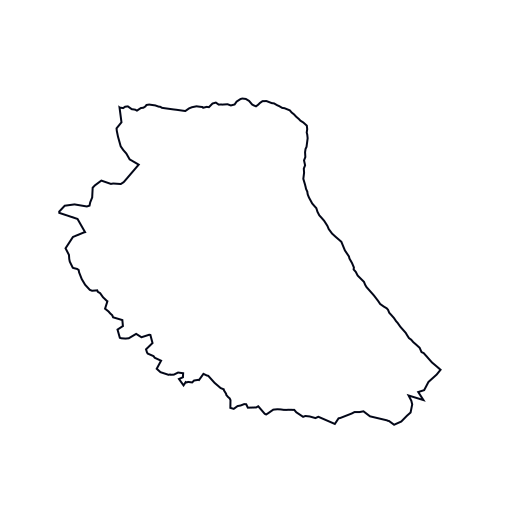 outline of Wase, Plateau, Nigeria, rotated 280°
{"feature_id": "59680162B1443452948914", "entity_name": "Wase", "entity_type": "district", "adm_level": 2, "iso_a3": "NGA", "parent_name": "Nigeria", "parent_adm1": "Plateau", "projection": "robinson", "projection_center": [10.242, 9.037], "detail": "fine", "context": "isolated", "style": "outline", "palette": "ink", "viewbox_px": 512, "rotation_deg": 280, "n_neighbors": 0, "source": "geoboundaries", "source_scale": "gbopen_adm2", "svg_char_len": 3947}
<svg xmlns="http://www.w3.org/2000/svg" viewBox="0 0 512 512"><g transform="rotate(280 256 256)"><path d="M378.6,95.8L364.3,100.3L357.5,96.5L355.0,97.2L349.7,99.3L340.5,103.7L337.2,107.0L334.4,110.5L329.2,114.8L325.6,124.6L306.1,113.1L305.2,112.3L303.4,110.3L302.6,102.8L301.8,100.6L303.4,90.6L297.6,85.1L294.9,83.3L285.2,84.5L280.0,83.4L276.7,83.3L275.4,80.8L275.3,68.3L272.3,58.9L265.6,54.5L264.3,54.8L261.5,73.8L249.8,83.5L249.3,82.4L243.1,72.6L242.7,72.3L230.5,67.1L224.6,71.6L220.6,72.6L218.1,73.6L212.6,77.6L212.4,78.9L212.2,82.1L211.4,83.8L209.2,84.6L203.0,88.4L198.0,92.7L193.8,98.2L193.3,100.6L194.6,105.6L193.3,106.4L192.3,109.0L188.8,112.5L185.8,117.0L185.6,117.5L183.9,117.3L177.9,116.5L175.6,120.7L175.4,120.8L174.0,122.6L172.7,124.7L170.8,125.9L169.7,135.5L163.9,137.1L159.5,132.4L151.8,136.1L151.6,137.7L152.0,141.8L152.9,145.0L158.5,151.5L156.1,157.3L159.9,164.5L159.9,165.7L152.3,169.2L145.0,163.9L142.1,165.4L141.1,166.3L139.6,172.5L138.2,173.9L136.4,180.7L127.7,177.8L125.0,182.1L123.8,190.5L124.4,192.0L124.2,192.6L124.9,195.7L127.7,199.5L127.9,204.6L123.9,205.1L121.5,201.5L116.0,207.1L119.7,208.7L119.4,209.6L120.2,211.0L120.4,215.1L122.6,216.6L124.0,220.6L123.9,221.4L130.8,224.7L129.8,228.2L129.7,229.8L123.9,237.2L119.8,244.1L119.1,247.4L118.2,247.7L115.1,250.5L114.1,250.8L112.4,252.8L111.2,254.8L109.6,255.9L102.0,257.1L101.6,260.6L105.0,263.9L106.1,266.8L108.1,270.1L108.3,272.1L105.2,274.3L106.9,282.5L108.4,284.3L102.1,292.0L101.7,293.5L103.3,295.3L107.7,299.7L108.8,303.7L109.2,307.0L109.3,310.2L109.7,312.6L110.2,314.6L111.1,320.4L109.1,322.8L105.8,330.3L107.0,332.4L107.3,336.7L106.7,342.7L108.5,345.3L104.3,362.8L110.5,365.5L111.1,367.1L117.5,377.6L119.4,380.1L120.3,385.1L121.7,388.8L117.9,396.1L116.9,413.5L116.6,414.4L116.6,415.6L113.8,421.3L118.2,427.8L124.9,432.4L128.7,435.4L137.0,435.6L140.4,434.1L145.1,430.5L143.2,445.9L150.2,439.4L153.1,444.9L161.9,447.7L170.6,454.5L176.0,457.5L179.8,451.1L181.7,447.8L183.6,445.4L185.6,442.9L186.5,441.8L186.6,441.7L187.5,440.5L189.5,438.0L190.1,435.7L194.0,433.1L196.6,429.0L198.5,425.8L200.5,423.4L201.7,420.9L204.3,418.5L206.3,416.8L208.3,414.3L210.2,411.9L211.5,410.3L214.8,407.0L216.1,405.3L218.7,402.8L219.4,402.0L220.0,401.2L221.3,399.6L223.2,397.1L224.9,396.0L225.9,395.4L227.2,393.8L227.3,393.5L228.4,390.6L229.4,388.5L230.3,386.6L232.9,384.1L237.5,379.1L238.8,377.5L240.7,375.1L244.6,370.2L246.6,368.5L249.3,366.8L249.5,366.5L253.2,361.2L254.4,359.5L257.7,357.0L259.7,354.5L261.7,354.4L265.7,351.8L269.7,348.5L271.7,347.6L274.3,345.1L276.9,342.6L284.8,337.6L286.8,334.3L288.7,331.1L291.3,327.0L295.2,322.9L297.9,321.2L299.8,319.5L302.5,317.0L303.8,315.4L305.1,313.8L307.0,311.3L310.3,308.8L313.6,307.1L314.9,305.4L317.5,302.2L322.8,298.0L325.5,296.3L327.4,295.6L328.2,295.4L329.2,294.7L330.8,293.6L332.8,292.8L333.4,292.5L334.8,291.9L340.2,289.2L342.2,289.1L346.3,288.9L350.4,287.9L353.8,288.6L355.3,288.0L358.5,286.7L362.0,287.4L366.7,286.3L370.1,286.2L372.2,286.8L376.9,286.6L381.0,286.4L382.0,286.1L382.7,285.9L384.4,285.4L386.4,284.5L389.8,284.4L393.2,283.4L395.7,279.4L397.0,276.2L398.3,274.5L400.2,271.3L402.1,268.8L403.5,266.2L405.3,264.0L406.5,258.4L406.4,256.1L407.6,252.9L408.2,250.5L409.4,247.3L409.3,245.0L410.4,239.4L409.6,235.5L407.4,233.3L405.3,231.8L403.4,230.0L403.9,227.7L404.5,225.9L407.5,222.3L408.9,218.7L408.7,215.2L407.9,213.5L406.3,211.8L404.7,210.1L401.5,208.6L399.9,205.1L400.5,201.6L399.5,197.5L399.2,196.4L399.2,195.4L398.6,193.0L400.1,189.8L398.6,186.7L394.4,183.8L394.3,181.5L392.8,178.2L393.4,177.5L393.2,174.0L393.1,171.4L391.4,167.1L389.8,164.5L386.5,161.2L386.4,158.6L386.2,152.5L386.0,149.0L385.9,146.4L385.8,143.8L385.7,141.1L385.6,137.6L386.3,135.9L386.2,134.1L386.8,130.6L386.7,128.0L386.6,124.5L385.7,121.9L384.1,121.1L382.7,119.6L382.5,119.4L381.7,116.9L378.5,113.5L379.1,111.7L379.1,110.0L379.0,108.2L381.1,103.8L380.3,101.2L378.6,99.5L378.5,96.0L378.6,95.8Z" fill="none" stroke="#020617" stroke-width="2"/></g></svg>